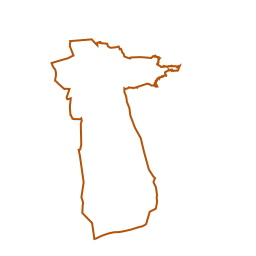 the district of Ayacucho, San Luis, Argentina, rotated 255°
{"feature_id": "61730980B39092532797168", "entity_name": "Ayacucho", "entity_type": "district", "adm_level": 2, "iso_a3": "ARG", "parent_name": "Argentina", "parent_adm1": "San Luis", "projection": "natural_earth1", "projection_center": [-66.166, -32.297], "detail": "fine", "context": "isolated", "style": "outline", "palette": "amber", "viewbox_px": 256, "rotation_deg": 255, "n_neighbors": 0, "source": "geoboundaries", "source_scale": "gbopen_adm2", "svg_char_len": 5312}
<svg xmlns="http://www.w3.org/2000/svg" viewBox="0 0 256 256"><g transform="rotate(255 128 128)"><path d="M42.9,134.0L49.3,137.1L53.2,137.6L55.4,138.6L59.7,139.2L63.7,139.6L68.9,138.6L69.4,138.7L72.0,140.6L72.4,140.8L72.6,141.1L73.0,140.7L74.7,139.9L82.6,137.4L101.8,137.3L109.1,137.5L110.1,137.5L111.1,137.6L114.9,137.7L126.4,134.8L139.4,133.5L144.0,134.1L146.9,134.5L153.4,133.7L159.0,134.4L163.5,133.8L167.2,134.7L166.6,135.2L166.4,135.2L166.3,135.5L166.4,136.2L166.4,138.2L167.1,139.2L166.3,140.7L166.1,141.4L166.0,142.3L165.1,143.5L165.2,146.3L164.6,147.3L165.3,147.6L165.3,148.5L165.3,148.9L165.3,149.3L165.7,156.2L165.8,157.4L165.9,157.6L165.6,158.1L165.4,158.7L165.3,159.3L162.8,161.9L162.6,163.5L162.6,163.9L161.1,165.1L160.9,165.3L160.6,166.0L160.4,167.1L160.6,167.1L160.9,166.9L161.2,166.7L161.3,166.4L161.9,166.8L162.1,166.8L162.4,166.7L162.7,166.4L162.9,166.4L163.0,166.1L162.9,165.9L162.9,165.7L163.2,165.5L163.4,165.1L163.5,165.1L164.0,165.3L164.3,165.4L164.4,165.7L164.7,165.8L164.6,166.4L164.8,166.9L165.0,167.1L165.6,167.2L165.8,167.2L166.1,167.0L166.4,167.0L166.5,167.3L166.7,167.9L166.5,168.0L166.2,168.1L166.3,168.3L166.7,168.6L166.9,168.7L167.1,168.7L167.4,168.5L167.5,168.5L167.7,169.4L167.9,169.5L168.1,169.4L168.3,169.5L168.4,170.1L168.2,170.4L168.2,170.7L168.4,171.1L168.1,171.2L168.0,171.3L167.9,171.3L168.0,171.4L168.3,171.6L168.6,171.4L168.8,171.4L168.8,171.6L168.5,171.9L168.6,172.2L168.5,172.7L168.5,172.8L168.9,173.3L168.9,173.5L168.6,173.5L168.5,173.8L168.5,174.0L168.8,173.8L169.1,173.9L169.2,174.0L168.9,174.5L168.7,174.6L168.6,174.9L168.7,175.0L168.7,175.4L168.8,175.5L169.1,175.5L169.1,175.8L169.3,175.9L169.3,176.0L169.1,176.3L169.2,176.8L168.9,177.4L168.9,178.0L168.6,178.4L168.7,178.5L170.9,178.0L172.2,178.2L172.5,178.6L172.5,179.7L173.1,181.3L173.1,181.5L173.4,182.0L173.2,182.2L173.0,182.3L172.8,182.6L172.8,183.0L173.0,183.3L172.9,183.5L172.9,183.9L172.9,184.1L172.7,184.2L172.6,184.5L172.5,184.8L172.6,185.1L172.4,185.2L172.5,185.3L172.4,185.3L172.3,185.5L172.3,185.4L172.2,185.4L171.9,185.8L172.1,185.7L171.9,186.0L172.0,186.0L171.8,186.2L171.7,186.1L171.7,186.3L171.7,186.6L171.4,186.7L171.5,186.7L171.5,186.8L171.5,187.0L171.5,187.3L171.4,187.4L171.5,187.3L171.6,187.2L171.4,187.5L171.5,187.4L171.5,187.5L171.3,187.7L171.3,187.8L171.1,188.5L170.9,189.7L170.6,190.2L170.7,190.4L170.6,190.6L170.6,190.8L170.7,191.0L170.8,191.3L171.0,191.4L171.0,191.5L171.3,191.6L171.7,191.9L171.9,191.9L172.2,192.1L172.6,192.4L172.7,192.6L173.0,192.7L173.0,192.8L173.3,193.0L173.4,192.9L173.5,193.1L174.3,193.9L174.6,194.1L174.4,193.6L174.7,193.1L174.4,192.7L174.3,192.1L174.5,192.3L174.7,192.1L174.6,191.9L174.6,191.7L174.4,191.5L174.5,191.1L174.9,190.7L175.4,189.8L175.3,189.5L175.6,189.0L175.6,188.6L175.8,188.4L175.8,188.1L176.0,187.6L176.2,187.4L176.2,187.2L176.2,186.8L176.6,186.7L176.7,186.4L176.6,186.1L176.9,186.0L176.9,185.9L176.7,185.6L176.9,185.2L176.9,184.8L176.8,184.5L176.9,184.3L176.9,184.1L177.0,183.7L177.2,183.4L177.2,183.2L177.2,182.8L177.1,182.3L177.1,182.1L176.9,182.0L176.8,181.8L176.7,181.8L177.3,181.3L178.6,178.7L177.9,178.7L178.4,175.7L178.9,175.5L181.6,173.1L181.6,172.8L181.9,172.6L182.0,172.6L182.4,172.8L182.6,172.9L182.7,173.0L182.6,173.5L182.9,173.7L182.9,173.9L183.0,174.0L183.4,174.1L183.5,174.4L183.6,174.5L183.8,174.4L184.1,174.5L184.4,174.4L184.8,174.5L185.8,175.0L185.8,175.4L186.0,175.7L186.3,175.9L187.2,176.6L187.4,176.3L187.6,176.3L187.6,176.5L187.7,176.4L187.9,176.4L188.0,176.3L188.2,175.6L188.6,175.7L188.7,175.4L188.5,175.1L188.8,175.1L189.0,175.0L189.0,174.6L189.1,174.2L189.3,173.8L189.6,173.8L189.8,173.8L190.0,173.4L190.0,173.1L190.0,172.9L190.3,173.0L190.5,173.0L190.4,172.7L190.2,172.5L190.3,172.4L190.5,172.4L190.3,172.0L190.3,171.9L190.6,171.9L190.7,171.6L190.6,171.3L190.9,171.0L190.9,170.9L189.6,168.7L192.6,160.3L193.4,157.7L194.7,152.3L195.4,148.6L194.7,148.2L195.1,147.0L198.0,143.0L200.6,143.0L201.4,142.5L203.0,141.9L204.4,142.0L206.3,141.6L206.2,140.4L209.1,140.1L209.1,136.9L209.4,135.3L209.8,132.7L210.2,131.6L212.2,129.7L214.1,129.7L214.7,129.8L214.8,129.6L217.3,123.0L217.5,123.0L217.8,123.3L217.9,123.7L218.1,123.7L218.3,123.5L218.3,120.4L215.7,119.8L217.8,118.6L223.0,115.9L226.9,94.6L226.6,94.6L225.7,94.4L224.3,93.7L222.2,93.0L212.1,94.1L211.9,92.4L211.6,91.4L210.9,87.9L210.8,79.4L210.5,71.0L209.4,71.2L208.2,71.2L206.7,71.5L205.7,71.7L204.5,72.2L203.2,72.8L201.6,72.8L201.1,72.7L200.1,72.8L199.1,72.3L198.5,72.4L197.6,72.0L197.0,71.8L195.8,71.3L194.3,70.5L192.6,69.8L191.2,70.9L189.5,71.8L188.1,72.7L182.1,76.6L182.0,76.9L182.2,77.2L182.1,77.5L181.8,78.7L181.5,79.6L181.2,80.1L180.9,81.6L179.5,80.8L178.2,79.8L176.1,78.5L174.8,77.6L174.0,76.9L173.3,76.7L172.5,76.5L171.4,76.9L171.5,79.8L171.5,80.4L163.5,77.3L157.2,76.1L156.0,75.9L155.8,76.0L155.2,75.8L154.8,76.2L151.4,76.8L151.4,77.3L150.8,77.6L150.6,78.3L150.4,78.6L150.2,79.2L150.2,79.5L148.8,84.3L149.4,85.3L147.2,85.3L145.4,84.2L144.3,83.5L124.2,78.6L119.7,76.3L119.7,74.7L113.1,74.3L87.0,71.1L73.0,65.0L71.7,65.2L70.7,65.2L68.6,65.3L67.8,65.3L66.0,64.7L65.0,64.2L57.7,61.9L45.5,68.7L29.5,66.8L29.6,69.2L30.3,72.4L30.8,76.2L31.1,79.9L31.2,82.2L30.9,87.7L30.3,90.3L29.7,93.1L29.4,97.0L29.1,103.5L29.2,106.5L29.3,109.1L29.5,113.6L29.3,115.8L29.6,117.5L30.0,119.5L30.7,120.8L41.5,127.3L42.9,134.0Z" fill="none" stroke="#b45309" stroke-width="2"/></g></svg>